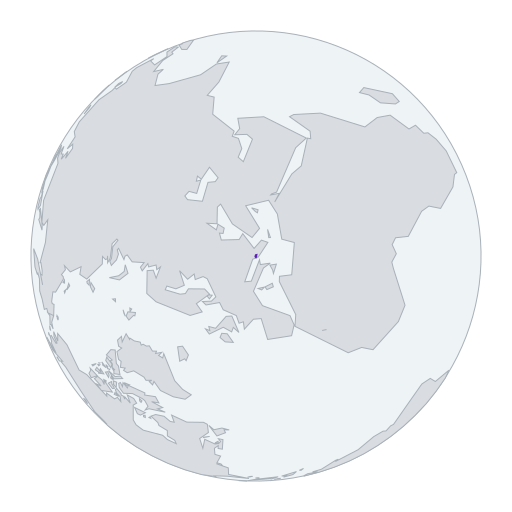 the Earth from above Berat, rotated 246°
{"feature_id": "ALB-1523", "entity_name": "Berat", "entity_type": "County", "adm_level": 1, "iso_a3": "ALB", "parent_name": "Albania", "parent_adm1": "", "projection": "orthographic", "projection_center": [20.072, 40.618], "detail": "fine", "context": "on_globe", "style": "filled", "palette": "violet", "viewbox_px": 512, "rotation_deg": 246, "n_neighbors": 0, "source": "natural_earth", "source_scale": "10m", "svg_char_len": 10833}
<svg xmlns="http://www.w3.org/2000/svg" viewBox="0 0 512 512"><g transform="rotate(246 256 256)"><circle cx="256" cy="256" r="225" fill="#eef3f6" stroke="#a8b0b8"/><path d="M161.3,51.6L169.3,48.7L163.0,51.4L166.9,50.2L175.1,47.0L179.6,45.3L204.1,41.1L231.7,37.0L239.5,34.8L238.5,36.5L252.7,32.2L267.1,31.9L251.4,33.1L250.1,33.9L260.2,33.7L261.1,34.6L266.5,35.3L266.7,36.6L257.5,37.8L257.4,38.8L264.5,38.7L269.2,40.4L258.8,40.3L265.9,43.3L251.8,47.2L223.8,48.0L216.4,53.2L188.6,62.7L191.6,63.7L183.0,68.7L183.2,71.9L178.0,73.3L182.7,74.7L187.4,72.9L191.0,73.1L191.6,74.9L185.0,76.8L183.8,76.2L182.2,77.7L178.6,78.0L180.7,78.9L172.7,81.3L181.4,81.9L175.6,86.3L170.1,87.1L169.8,83.2L156.2,77.2L150.5,77.8L142.8,82.1L130.2,97.8L124.3,100.4L117.0,106.8L120.6,106.8L127.7,101.9L132.6,104.0L140.6,98.4L143.8,98.6L152.4,94.9L152.0,99.8L147.0,106.8L139.8,110.3L137.4,113.7L145.0,114.2L132.4,125.2L125.4,140.4L122.0,143.1L114.1,140.7L112.2,130.3L101.9,129.2L109.4,134.6L100.9,142.1L99.9,145.6L100.9,148.2L104.4,147.3L101.7,151.1L93.2,146.7L95.6,143.1L98.2,144.4L97.3,139.8L91.5,137.8L87.6,142.3L83.0,136.2L80.2,139.5L77.6,140.3L82.4,135.3L73.7,144.5L67.6,142.1L55.6,159.1L66.4,140.4L69.7,133.6L72.6,127.4L70.5,130.0L77.1,119.6L78.2,117.7L89.7,104.0L102.3,91.3L115.8,79.7L130.2,69.1L145.4,59.7L161.3,51.6ZM57.8,148.8L55.7,153.0L53.9,156.4L57.8,148.8ZM44.7,177.8L44.7,178.0L44.7,177.8ZM35.5,209.9L34.9,212.9L35.8,210.6L36.1,214.6L33.6,224.6L35.8,219.9L34.6,229.0L36.8,244.4L36.0,245.4L37.5,270.5L43.1,290.1L44.3,300.8L43.3,303.6L46.1,310.0L46.2,313.1L61.0,337.7L71.6,355.4L73.3,365.4L68.4,368.8L73.2,385.8L67.5,379.3L59.2,365.6L51.8,351.3L45.6,336.4L40.4,321.2L36.3,305.7L33.3,289.9L31.4,273.9L30.7,257.8L31.2,241.7L32.8,225.7L35.5,209.9ZM52.4,163.9L45.3,186.5L46.1,179.1L46.5,179.2L49.0,172.2L52.5,162.3L54.1,156.9L52.4,163.9ZM56.4,161.5L57.4,158.3L56.9,160.8L56.4,161.5ZM181.4,44.5L175.2,46.9L167.4,49.7L172.5,47.5L181.4,44.5ZM196.3,40.6L193.7,41.7L189.6,42.1L192.4,41.3L196.3,40.6ZM244.9,33.3L239.6,33.8L244.4,33.1L244.9,33.3ZM267.2,35.2L268.4,34.8L270.7,35.4L267.2,35.2ZM152.0,92.5L152.2,93.7L150.5,93.8L152.0,92.5ZM155.6,89.9L153.5,89.2L154.9,87.9L156.2,88.4L155.6,89.9ZM273.1,38.0L276.4,39.2L271.4,38.1L273.1,38.0ZM157.8,91.2L157.7,85.7L160.2,83.5L167.0,83.5L157.8,91.2ZM277.2,40.0L285.3,43.4L288.7,42.8L283.8,46.9L278.5,42.4L271.9,41.0L276.4,41.0L277.2,40.0ZM188.6,71.6L183.6,73.5L187.3,70.2L188.6,71.6ZM190.1,69.4L196.1,60.0L203.8,58.4L200.2,61.7L209.7,58.5L210.5,62.3L205.4,64.9L200.3,65.1L204.5,66.5L190.1,69.4ZM279.7,49.0L280.3,50.2L277.9,49.2L279.7,49.0ZM192.7,72.9L193.3,71.0L199.9,69.3L200.1,72.9L197.9,72.3L192.7,72.9ZM211.8,56.0L216.8,55.7L218.8,58.5L221.0,58.9L211.2,62.3L211.8,56.0ZM196.7,73.6L200.0,74.8L197.4,77.4L192.7,74.7L196.7,73.6ZM201.6,67.5L204.8,66.9L203.1,68.4L201.6,67.5ZM189.9,87.9L190.4,85.2L193.9,84.1L189.9,87.9ZM201.4,75.2L202.3,74.3L203.8,73.6L205.4,75.0L201.4,75.2ZM213.3,64.2L213.0,65.6L217.4,62.9L219.1,65.3L212.2,67.2L215.8,67.4L216.4,68.1L210.2,69.0L213.3,64.2ZM211.3,74.6L203.1,78.3L201.5,83.3L198.3,84.3L201.6,76.3L211.3,74.6ZM211.2,71.2L210.6,73.5L206.9,73.4L205.1,71.9L211.2,71.2ZM222.7,66.3L221.9,62.2L223.4,61.9L222.7,66.3ZM211.6,76.0L213.5,75.0L211.9,76.3L211.6,76.0ZM220.1,69.2L219.6,67.7L221.3,67.4L220.1,69.2ZM217.9,74.6L215.2,75.7L213.9,74.6L217.9,74.6ZM219.5,72.1L222.0,72.1L215.0,73.6L218.9,71.5L219.5,72.1ZM221.8,69.2L222.7,68.5L221.8,69.8L221.8,69.2ZM224.4,78.5L215.9,80.5L213.0,77.9L221.6,76.2L224.4,78.5ZM138.2,359.4L122.8,324.8L129.5,315.3L130.1,300.9L175.9,263.0L186.3,268.5L223.2,266.9L227.9,269.2L224.3,281.0L252.7,296.5L260.9,286.4L285.7,292.6L301.8,290.2L306.1,267.0L279.8,270.5L274.5,259.9L294.9,247.5L317.8,244.8L316.4,240.6L301.3,233.5L305.9,224.5L296.0,230.4L300.5,234.2L294.4,238.3L290.0,235.1L291.8,231.9L284.7,230.8L277.9,247.3L281.8,253.0L263.7,257.3L268.3,267.4L263.6,272.4L254.0,257.4L254.4,251.7L237.0,235.2L234.9,241.5L251.2,257.7L246.4,256.5L243.7,266.1L242.0,257.9L224.8,239.3L208.0,241.7L187.7,262.8L177.6,262.8L168.7,256.1L175.0,232.7L196.7,235.3L199.3,227.9L193.9,215.6L201.0,217.7L201.5,213.2L209.6,213.8L220.2,204.2L228.3,203.8L231.6,190.4L236.2,188.6L232.9,196.9L235.0,202.7L255.1,202.2L258.7,199.3L259.2,190.9L264.7,192.2L262.6,184.1L273.7,180.2L258.4,178.6L258.6,169.5L264.8,162.3L262.1,159.3L252.0,171.1L250.4,176.2L253.5,180.9L246.8,195.6L240.1,198.0L236.7,182.1L226.8,184.1L228.5,171.6L254.8,146.1L266.2,141.0L286.9,150.6L284.8,156.4L276.3,155.7L284.9,164.3L283.9,159.8L288.4,161.1L289.7,153.5L293.0,154.1L288.7,146.0L292.8,145.9L295.5,151.1L301.0,140.5L309.4,138.8L309.1,136.2L306.4,133.9L318.9,133.6L318.1,131.8L313.7,131.1L309.2,127.0L306.2,120.0L310.7,120.3L312.4,122.9L322.7,129.0L326.5,136.3L328.1,135.8L325.8,129.6L313.3,121.9L310.2,117.7L316.5,120.5L314.0,119.1L313.9,117.1L318.0,115.6L311.2,112.3L303.8,92.0L310.9,87.6L317.4,91.9L317.0,79.9L325.1,77.1L321.0,76.3L318.1,70.7L315.5,71.5L313.3,70.7L304.5,58.2L305.9,55.9L297.5,50.8L295.4,50.5L293.9,51.8L283.8,46.9L288.7,42.8L293.2,43.5L293.3,40.9L303.5,43.1L312.1,44.2L323.3,48.9L329.1,49.8L328.4,48.8L335.8,49.6L353.2,55.9L342.0,55.3L316.4,49.3L327.1,51.8L325.6,52.8L329.9,54.8L337.4,56.8L337.7,56.0L354.1,69.2L373.8,80.5L370.3,74.6L373.9,74.1L393.2,84.6L421.2,112.8L426.2,114.6L430.3,118.6L434.3,125.2L428.5,119.5L427.5,121.3L423.6,117.4L428.1,126.9L422.7,121.7L428.9,132.2L432.7,134.1L430.7,127.2L438.4,139.2L443.6,140.6L450.4,149.1L462.6,176.1L465.7,191.9L467.2,195.7L465.2,196.4L467.5,208.3L475.1,218.1L476.6,223.6L477.9,242.9L477.1,239.1L471.8,241.1L474.4,255.8L478.5,257.6L480.1,267.1L478.4,269.9L476.5,262.0L474.5,262.4L472.5,250.3L466.1,237.5L464.2,247.3L462.0,240.4L452.8,233.1L448.8,246.9L444.1,279.1L447.5,297.9L444.1,310.4L430.0,292.8L422.6,276.8L418.2,282.4L403.1,274.1L379.0,286.8L375.0,283.0L370.6,287.8L359.9,286.7L353.5,279.9L347.3,282.8L364.2,300.3L370.8,297.2L375.4,285.9L379.0,292.9L389.2,295.4L380.0,319.8L343.3,349.9L338.8,336.3L306.0,300.8L306.4,295.7L306.3,295.2L305.8,294.2L303.8,302.8L297.8,295.1L316.4,322.1L319.9,334.0L342.8,350.9L340.9,353.7L348.0,356.2L369.6,343.3L369.9,348.0L360.3,373.0L329.6,408.0L333.2,423.0L330.1,435.8L309.8,447.4L310.6,454.9L299.9,459.2L298.6,463.2L289.4,468.1L274.6,472.5L250.5,473.3L249.8,470.5L239.0,464.0L224.4,444.0L231.3,434.2L229.5,425.5L212.0,403.1L215.9,390.9L211.0,385.0L201.0,385.1L195.2,377.6L189.1,376.5L150.4,372.1L138.2,359.4ZM161.1,286.1L160.1,290.5L161.1,286.1ZM342.9,253.2L356.0,249.6L348.4,237.3L352.8,235.0L348.6,231.9L347.8,236.4L337.3,227.3L342.3,221.1L339.8,215.4L335.3,216.4L327.8,229.3L342.8,242.1L340.5,249.0L342.9,253.2ZM37.0,244.7L36.9,248.6L36.4,246.1L37.0,244.7ZM44.5,181.8L43.8,185.1L42.9,188.2L43.1,186.3L44.5,181.8ZM42.6,208.5L42.6,213.0L41.9,210.0L42.6,208.5ZM44.5,189.9L42.6,205.3L41.3,200.7L42.8,191.2L42.8,195.4L44.5,189.9ZM53.4,165.2L52.6,167.8L51.7,168.9L53.4,165.2ZM56.1,163.3L56.1,162.7L57.2,160.4L56.1,163.3ZM101.4,142.4L102.0,142.9L102.2,146.0L100.6,145.6L101.4,142.4ZM112.7,154.9L108.0,160.8L110.2,156.1L107.0,156.3L107.5,147.1L120.4,144.0L114.4,146.9L112.7,154.9ZM111.8,134.5L110.0,140.3L111.5,134.2L111.8,134.5ZM196.2,190.0L199.3,193.3L196.6,198.1L186.3,200.1L190.1,192.9L196.2,190.0ZM204.2,197.1L203.7,181.6L210.0,180.2L206.6,183.5L210.8,184.2L206.4,189.7L213.0,204.2L211.0,209.5L193.1,209.3L200.0,206.2L196.6,202.9L204.2,197.1ZM191.1,149.0L190.9,143.5L204.9,147.5L203.5,152.2L193.1,154.0L188.8,149.6L191.1,149.0ZM170.0,92.9L169.0,91.5L170.8,90.8L173.1,91.5L170.0,92.9ZM189.8,86.7L176.1,98.8L174.3,97.7L168.4,106.9L161.3,107.5L165.4,101.4L155.5,109.1L156.4,103.9L150.2,109.6L160.0,96.1L160.4,92.1L162.6,96.2L169.1,95.6L172.0,94.1L180.5,87.3L184.5,79.1L191.5,77.6L195.5,78.8L195.6,80.6L191.0,80.9L194.4,83.0L187.8,84.8L189.8,86.7ZM237.3,100.4L231.9,98.8L237.8,105.7L231.2,106.6L232.3,107.4L227.9,110.3L224.4,115.2L221.3,114.9L221.3,117.0L218.3,119.2L217.3,122.0L211.3,122.7L209.5,126.4L207.8,124.6L206.3,130.8L204.7,126.6L200.8,129.3L204.3,132.0L175.1,131.0L164.0,134.7L155.5,140.4L154.0,133.0L161.0,123.2L172.0,114.0L182.9,111.8L180.3,109.1L184.7,107.4L184.9,110.2L187.2,104.9L190.9,104.4L200.8,97.6L201.8,90.9L205.4,88.5L206.8,90.9L209.4,86.9L214.6,89.9L217.4,88.4L225.2,90.1L226.5,95.9L229.4,93.8L235.5,95.3L237.3,100.4ZM226.5,79.1L229.5,85.3L227.4,89.1L214.6,84.7L211.4,85.6L203.1,83.5L206.3,78.3L208.4,79.3L211.2,79.1L209.1,80.8L212.8,79.4L215.8,80.9L219.5,80.2L219.5,82.3L226.5,79.1ZM232.9,264.8L236.4,265.5L242.0,265.0L240.3,271.3L232.9,264.8ZM220.9,252.3L224.1,251.7L224.5,259.8L220.8,259.3L220.9,252.3ZM225.5,244.7L224.2,251.0L222.7,247.4L225.5,244.7ZM235.8,196.0L239.2,195.1L239.7,197.0L238.0,200.0L235.8,196.0ZM253.4,122.9L250.6,121.0L251.5,119.9L249.2,113.8L253.9,112.9L257.1,116.3L253.4,122.9ZM301.8,271.6L297.4,276.7L294.9,274.9L296.9,273.5L301.8,271.6ZM267.6,275.1L275.6,277.4L267.0,276.7L267.6,275.1ZM258.1,120.9L256.6,118.4L259.8,119.6L258.1,120.9ZM257.2,112.0L261.0,112.7L254.2,112.1L257.2,112.0ZM366.0,423.0L348.8,446.6L338.9,449.7L338.2,445.2L345.3,432.0L357.1,424.8L363.2,417.0L366.0,423.0ZM479.5,284.5L478.4,286.4L472.8,276.9L474.9,272.2L479.9,271.6L479.8,275.1L480.4,275.3L479.9,280.9L479.5,284.5ZM481.2,260.0L481.2,257.6L481.1,251.1L481.1,247.7L480.6,238.1L481.2,260.0ZM448.4,298.9L452.8,306.1L450.6,310.5L448.4,298.9ZM476.5,209.9L477.2,213.2L473.9,198.7L474.1,199.7L476.5,209.9ZM471.9,191.7L471.6,190.8L471.0,188.8L471.6,190.7L471.9,191.7ZM469.4,200.6L469.6,205.2L468.5,202.8L467.6,195.6L469.4,200.6ZM455.6,156.7L459.8,163.7L461.3,166.8L459.3,164.2L455.6,156.7ZM295.9,113.2L293.8,122.5L295.5,129.3L301.2,133.0L292.2,132.0L289.7,121.5L295.9,113.2ZM302.3,94.4L297.2,91.7L299.9,90.7L301.5,91.1L302.3,94.4ZM298.9,94.4L291.8,95.4L289.2,92.4L295.4,92.2L298.9,94.4ZM275.0,107.5L274.1,110.2L271.4,109.1L275.0,107.5ZM470.5,187.2L471.0,189.0L466.0,176.0L464.9,172.5L469.2,183.3L469.3,183.6L470.5,187.2ZM430.6,115.5L428.0,113.0L425.6,109.5L428.0,112.2L430.6,115.5ZM415.3,97.3L424.1,107.9L430.7,117.2L431.0,116.6L436.7,123.6L433.7,121.5L425.5,111.0L421.3,105.0L416.2,100.0L410.3,93.7L404.5,89.4L400.4,85.8L404.4,88.0L415.3,97.3ZM402.1,87.9L389.9,79.7L387.5,75.9L389.6,76.8L396.2,82.0L397.2,83.7L402.1,87.9ZM386.3,76.7L387.0,78.4L370.7,73.0L366.6,71.0L377.7,72.4L379.0,74.1L383.5,76.3L386.3,76.7ZM282.6,50.0L280.5,50.1L281.4,49.2L282.6,50.0ZM312.0,71.3L309.1,70.1L310.2,68.9L312.0,71.3ZM301.9,66.4L302.6,68.6L300.0,66.2L301.9,66.4ZM304.5,73.7L302.0,69.4L307.1,73.7L304.5,73.7Z" fill="#d9dde1" stroke="#a8b0b8" stroke-width="1"/><path d="M255.8,255.0L256.0,255.2L256.1,255.4L256.2,255.5L256.3,255.5L256.5,255.6L256.8,255.8L256.8,256.0L257.0,256.1L257.0,256.3L257.1,256.6L256.9,256.7L256.9,256.8L256.7,256.9L256.7,257.0L256.3,256.7L256.2,256.6L255.9,256.5L255.7,256.4L255.4,256.3L255.4,256.2L255.2,256.0L255.3,256.0L255.3,255.9L255.2,255.8L255.2,255.7L255.1,255.4L255.0,255.2L255.3,255.1L255.5,255.0L255.8,255.0L255.8,255.0Z" fill="#8b5cf6" stroke="#5b21b6" stroke-width="1.5"/></g></svg>